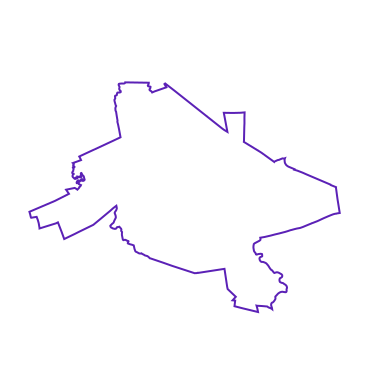 the district of Contesti, Dâmbovita, Romania, rotated 200°
{"feature_id": "2599482B81842456192136", "entity_name": "Contesti", "entity_type": "district", "adm_level": 2, "iso_a3": "ROU", "parent_name": "Romania", "parent_adm1": "Dâmbovita", "projection": "mercator", "projection_center": [25.668, 44.679], "detail": "fine", "context": "isolated", "style": "outline", "palette": "violet", "viewbox_px": 384, "rotation_deg": 200, "n_neighbors": 0, "source": "geoboundaries", "source_scale": "gbopen_adm2", "svg_char_len": 5922}
<svg xmlns="http://www.w3.org/2000/svg" viewBox="0 0 384 384"><g transform="rotate(200 192 192)"><path d="M189.2,277.3L179.3,260.6L182.9,261.3L185.4,262.0L242.8,281.1L254.3,284.8L254.8,284.0L251.9,281.6L261.5,273.8L263.5,271.9L264.5,272.7L266.4,273.1L266.8,273.4L267.0,273.8L267.0,274.3L266.7,274.9L266.9,276.6L267.0,276.7L267.8,276.7L268.5,276.5L269.2,276.4L269.4,276.4L269.7,276.7L269.9,276.9L269.9,277.2L269.7,278.9L270.0,279.9L284.4,274.9L292.2,272.2L292.1,271.8L292.5,271.1L293.0,270.7L295.6,269.7L296.9,269.1L297.4,268.8L297.7,268.5L297.7,268.0L297.6,267.7L297.4,267.3L296.0,265.9L295.7,264.0L295.5,263.7L295.2,263.4L294.5,262.9L294.2,262.6L293.6,262.5L293.3,262.0L293.2,261.5L293.6,261.0L294.3,260.6L295.9,260.0L296.1,259.8L296.1,259.2L296.1,258.6L295.8,257.5L296.0,257.0L296.1,256.9L296.9,256.4L297.1,256.2L297.1,255.9L297.0,255.3L296.2,253.9L296.2,253.3L296.4,252.1L296.3,251.9L296.1,251.4L295.7,250.7L293.6,247.7L293.1,247.2L292.7,246.9L292.8,245.6L292.7,244.6L291.9,242.7L291.4,242.0L290.8,241.5L290.6,241.1L288.5,237.3L286.4,233.6L286.2,232.9L286.2,232.5L284.6,230.2L281.9,225.8L277.9,219.0L284.0,212.8L304.5,192.4L310.1,186.8L308.4,185.3L307.8,184.6L307.2,184.0L313.8,178.5L312.7,178.1L312.6,177.8L312.8,177.3L312.9,177.0L312.9,176.7L312.8,176.4L312.4,176.1L311.7,175.9L311.1,175.5L311.0,175.4L311.1,175.2L311.5,175.1L311.9,175.1L312.2,175.0L312.4,174.5L312.3,174.1L311.2,173.4L311.1,172.9L311.1,172.0L310.8,171.2L311.1,170.4L311.2,169.5L311.1,169.0L311.0,168.9L310.1,168.5L309.5,168.7L309.3,168.5L309.5,168.0L309.9,167.2L309.8,166.4L309.6,165.8L309.1,165.3L307.5,164.6L306.9,164.3L306.7,164.3L306.4,165.1L306.3,165.6L306.2,165.6L306.1,165.4L306.2,164.8L306.1,164.5L305.7,164.6L305.3,165.4L305.2,165.5L304.5,165.7L304.4,165.9L304.4,166.1L305.2,167.0L305.2,167.3L304.6,167.3L304.2,167.3L303.4,167.7L303.2,167.5L303.1,167.4L302.5,167.5L301.6,167.9L301.2,168.2L301.1,168.3L301.2,168.5L301.8,168.7L302.2,169.3L302.0,170.0L302.7,171.0L302.8,171.7L302.4,172.0L301.8,171.5L300.9,170.6L299.1,169.7L297.1,166.8L297.2,166.3L297.6,165.6L298.3,165.1L298.7,165.2L298.9,165.9L299.3,166.4L299.7,166.5L300.3,166.2L300.5,165.7L299.9,164.8L300.0,164.7L300.7,164.5L300.8,164.4L301.0,163.6L301.2,163.4L301.4,163.7L301.8,164.1L302.3,164.2L303.1,163.8L303.5,163.1L303.6,162.6L303.7,162.0L303.6,161.3L303.3,160.9L302.9,160.9L302.6,161.1L302.7,162.2L302.0,162.2L301.5,161.8L301.3,161.3L300.9,160.7L298.7,160.5L298.8,159.5L299.2,158.6L299.6,158.0L299.5,157.4L300.5,155.0L301.8,155.4L303.6,155.7L311.1,151.1L307.0,148.2L317.8,136.7L338.0,117.8L336.4,115.6L334.9,113.3L334.3,112.8L329.5,115.5L327.2,112.8L325.4,110.3L323.0,106.1L322.8,105.6L311.1,114.5L309.0,116.1L307.6,117.6L300.6,109.6L296.0,104.1L287.9,112.4L284.9,115.6L273.5,127.4L268.9,135.2L262.5,146.2L260.5,149.9L258.4,153.2L257.5,151.8L257.0,150.7L257.0,150.4L257.0,149.0L257.5,146.9L257.6,146.3L257.5,146.0L257.4,145.7L256.1,144.2L255.4,143.2L254.8,141.8L255.2,138.4L255.2,136.8L255.3,136.2L255.5,135.8L256.0,135.1L257.0,132.9L257.2,132.3L256.7,131.5L255.9,131.0L254.9,130.9L254.0,130.7L252.2,130.9L251.7,131.0L251.4,131.3L250.8,131.7L250.7,132.0L250.4,133.3L250.2,133.5L249.7,133.6L249.3,134.0L248.7,134.2L248.4,134.5L246.0,133.2L245.5,132.5L245.3,131.4L245.1,131.1L244.2,130.6L244.0,130.4L243.9,129.8L243.2,127.7L240.7,123.6L240.3,123.4L240.0,123.3L239.7,123.4L239.4,123.8L238.1,124.3L237.4,124.2L236.8,124.0L236.3,124.0L236.0,124.1L235.4,124.0L235.0,124.1L234.8,123.9L234.8,123.1L234.9,122.7L234.9,122.0L234.5,121.7L232.3,121.7L230.4,121.9L228.5,121.9L227.4,120.2L226.6,118.9L224.9,116.9L223.9,116.6L222.9,116.6L221.9,116.4L220.5,116.2L219.0,116.7L218.5,117.1L217.4,116.7L216.2,116.7L214.6,116.3L212.0,116.5L210.6,116.1L209.0,115.3L208.7,115.4L195.1,115.7L185.3,115.8L161.8,116.6L160.1,117.3L158.9,118.1L158.7,118.0L135.2,130.9L126.5,114.9L125.3,113.0L115.0,108.5L116.8,104.1L114.3,104.7L113.0,99.2L104.9,100.0L88.9,101.8L89.9,103.5L91.0,105.2L92.5,107.3L91.8,107.4L87.5,108.7L82.3,110.1L82.0,110.1L80.7,109.7L78.3,109.7L77.2,109.5L76.6,109.3L77.2,110.4L78.7,112.3L79.2,113.5L79.3,114.3L79.2,114.8L79.0,115.3L78.4,115.8L77.9,116.6L77.5,117.8L77.1,119.5L77.1,120.2L77.3,120.9L77.8,121.8L77.9,122.3L77.4,123.4L76.4,125.9L75.6,127.1L74.9,127.9L74.1,128.6L72.9,129.2L70.7,129.6L69.9,129.8L69.4,130.1L69.2,130.5L69.2,131.3L69.4,131.8L69.7,132.4L69.9,133.2L69.9,133.9L70.0,134.6L70.4,135.3L71.1,136.1L72.2,136.7L72.9,136.9L73.7,137.0L74.8,137.4L75.6,137.5L76.9,137.3L77.8,137.4L78.7,137.6L79.2,138.2L79.6,138.9L79.9,139.9L79.9,140.9L78.8,142.2L78.4,142.9L78.4,143.8L78.8,144.7L79.7,145.3L82.8,145.8L84.1,145.8L85.0,145.5L86.0,144.8L86.9,144.1L87.4,144.2L90.0,145.8L90.9,145.9L92.3,146.7L93.4,147.5L94.5,148.4L95.5,149.1L97.7,150.3L98.5,150.5L99.7,150.6L101.2,150.6L102.3,150.2L103.0,150.1L103.8,150.3L105.0,151.2L105.8,152.4L105.9,153.5L105.4,154.4L104.4,155.1L104.1,155.7L104.5,156.8L105.0,157.6L106.2,157.5L108.4,156.4L109.8,155.3L110.6,155.3L111.0,156.0L112.6,157.0L113.6,157.8L114.5,159.4L115.2,160.6L115.8,162.4L116.0,163.7L116.1,164.2L115.9,164.7L115.6,165.2L114.8,166.1L113.9,167.1L112.0,169.2L111.4,170.2L111.5,171.1L112.0,172.1L112.2,172.4L108.5,174.5L103.1,178.0L99.8,180.3L96.0,182.8L91.5,185.9L91.3,186.0L88.5,188.1L86.4,189.8L85.6,190.3L83.5,191.8L81.0,193.5L78.1,195.2L75.8,197.1L71.0,201.5L69.1,203.2L68.8,203.6L68.2,204.0L64.1,207.6L61.6,210.1L60.9,210.8L59.3,212.4L55.8,215.7L53.6,217.7L52.0,219.1L50.8,220.0L49.7,220.7L49.0,221.0L48.7,221.3L46.0,222.8L50.5,230.9L52.9,235.2L58.2,245.3L58.3,245.8L64.1,246.0L64.3,246.3L90.4,247.7L94.8,248.0L100.3,248.1L103.6,247.9L103.5,248.5L109.9,248.8L111.1,249.0L112.5,249.5L113.2,249.9L114.7,251.2L115.6,252.9L116.0,253.9L116.2,254.8L116.2,255.5L116.9,254.9L118.5,254.5L120.5,252.7L121.2,252.0L122.5,251.2L125.1,248.6L125.1,248.4L139.9,252.6L142.1,253.1L160.4,256.8L160.7,258.0L165.1,271.0L166.2,274.5L168.2,279.9L169.8,284.8L173.4,283.1L180.5,280.3L189.2,277.3Z" fill="none" stroke="#5b21b6" stroke-width="2"/></g></svg>